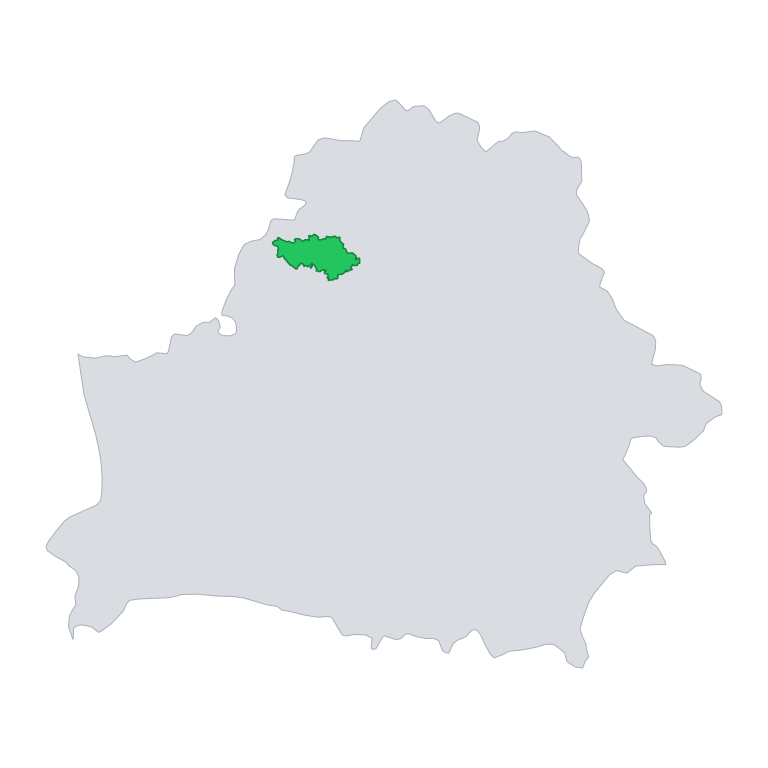 Myadzyel, Minsk, Belarus shown in context
{"feature_id": "67162791B89573771278316", "entity_name": "Myadzyel", "entity_type": "district", "adm_level": 2, "iso_a3": "BLR", "parent_name": "Belarus", "parent_adm1": "Minsk", "projection": "albers", "projection_center": [26.974, 54.814], "detail": "fine", "context": "in_parent", "style": "filled", "palette": "green", "viewbox_px": 768, "rotation_deg": 0, "n_neighbors": 0, "source": "geoboundaries", "source_scale": "gbopen_adm2", "svg_char_len": 9592}
<svg xmlns="http://www.w3.org/2000/svg" viewBox="0 0 768 768"><path d="M665.8,564.6L652.1,564.7L635.7,566.1L626.8,573.1L616.6,570.6L609.7,574.6L594.3,593.2L588.4,603.1L583.1,618.1L580.0,629.1L582.4,636.6L585.8,643.5L586.9,651.1L588.7,657.0L584.9,661.6L582.8,667.9L575.7,667.2L566.9,661.6L564.7,653.0L557.8,647.3L553.4,644.3L546.3,644.2L535.0,647.5L520.2,650.2L509.0,651.2L503.0,654.5L494.1,657.9L490.4,654.4L485.1,644.7L480.7,635.0L477.7,630.8L475.2,629.7L472.2,630.0L468.8,633.3L466.3,636.5L457.0,640.5L453.0,644.1L448.7,653.2L445.7,652.7L442.5,650.7L438.7,640.7L433.7,638.4L425.8,638.5L416.1,636.5L408.1,633.6L405.2,634.4L400.6,638.8L395.5,639.5L384.3,635.8L382.2,637.6L375.9,648.8L372.9,649.4L371.2,648.0L372.0,638.3L365.5,634.9L354.6,634.5L346.9,635.9L343.2,635.5L341.3,633.7L331.8,617.4L326.9,616.4L318.1,617.2L305.0,615.2L289.9,611.5L281.7,610.1L277.4,606.4L268.2,605.1L243.4,597.9L233.3,596.5L218.4,596.1L195.7,594.1L181.1,594.6L174.3,596.7L166.4,597.8L139.4,598.9L129.6,600.3L126.7,603.6L123.3,611.0L111.6,623.5L100.4,631.6L98.4,632.3L92.2,627.4L87.0,625.7L80.8,624.9L76.3,626.1L73.5,628.2L73.4,638.2L72.7,639.0L68.5,626.9L69.4,616.2L72.3,610.2L75.8,604.9L74.9,596.5L78.6,585.8L79.0,577.8L77.8,574.4L75.5,570.3L68.7,565.6L65.8,562.0L56.5,557.0L47.5,550.8L46.1,547.2L46.7,544.8L48.5,541.3L56.2,531.0L64.4,521.1L69.5,517.2L96.2,505.2L100.5,500.8L101.8,493.0L102.1,477.2L101.1,462.7L99.6,452.7L95.5,433.8L84.0,394.6L78.0,354.2L83.1,356.8L95.1,358.2L104.8,355.9L109.8,355.8L114.2,356.8L127.0,355.1L130.0,358.8L135.5,362.2L146.8,358.1L156.8,352.8L167.0,353.7L168.5,351.0L171.5,336.8L174.6,333.9L186.7,335.6L191.3,333.2L196.1,326.3L203.4,322.2L209.4,322.3L215.7,317.6L218.7,320.9L220.1,326.8L217.9,331.4L218.8,333.3L223.0,335.7L230.5,335.8L235.2,333.9L236.4,331.2L236.4,326.4L235.4,321.8L232.3,317.9L226.5,315.7L222.4,315.6L221.7,313.1L223.2,307.8L227.0,298.1L231.6,289.3L234.4,286.0L234.9,282.9L234.5,277.5L234.6,267.9L238.8,254.4L244.2,244.4L251.4,241.2L260.1,239.5L265.7,234.8L268.5,229.3L270.9,220.6L273.7,218.8L294.5,220.1L297.7,211.4L299.5,209.0L303.5,206.4L306.3,203.3L305.3,200.9L300.0,199.4L287.6,197.9L285.0,195.0L285.9,191.6L289.3,182.6L292.5,171.1L294.1,162.1L294.4,156.9L296.1,155.5L306.2,153.8L309.6,152.0L318.2,139.8L324.8,137.8L341.8,140.8L349.6,140.6L359.5,141.3L360.3,140.1L363.7,128.0L380.2,108.5L389.0,101.6L394.6,100.1L396.6,100.4L405.7,110.4L407.8,110.8L413.7,106.4L424.0,105.8L428.8,109.3L436.0,121.6L439.6,123.0L449.4,115.8L454.9,113.3L458.6,113.2L477.8,122.3L479.3,125.4L479.6,129.1L477.0,140.5L481.2,147.4L485.9,152.0L495.4,143.8L499.0,141.4L502.9,141.2L508.1,138.1L511.7,133.6L515.3,131.9L522.3,132.6L534.9,131.0L549.9,137.2L551.3,139.2L559.0,146.9L561.8,150.8L564.3,151.9L568.5,155.6L573.9,157.8L577.5,156.9L579.3,158.1L581.1,161.1L581.5,166.3L581.8,181.4L576.9,189.5L576.4,192.3L576.8,195.6L581.4,201.9L587.4,211.7L589.0,217.4L589.3,221.8L582.5,235.1L580.2,238.3L578.9,244.7L578.3,251.2L579.0,253.9L592.1,263.4L601.7,268.5L604.0,271.1L604.3,272.7L600.0,284.1L599.7,287.1L607.4,291.2L612.0,298.1L616.4,309.6L624.3,320.4L652.1,335.1L654.6,337.9L655.7,341.4L655.4,349.1L651.5,364.1L656.2,365.9L668.1,364.5L682.6,365.3L700.8,374.3L701.2,379.0L699.7,383.3L701.3,387.7L703.5,391.4L719.5,401.7L721.2,405.0L721.9,410.6L721.8,414.7L717.7,415.9L713.2,418.3L706.0,423.8L703.5,431.0L691.9,441.6L684.6,446.6L678.5,447.2L663.8,446.3L658.4,441.9L656.0,437.6L650.3,436.0L642.9,436.3L632.7,437.8L630.7,439.2L629.4,444.7L625.6,454.1L622.8,459.5L637.0,476.9L644.0,483.9L646.4,488.3L646.5,491.6L643.7,495.7L644.6,503.3L651.7,513.1L649.6,514.8L649.8,527.4L650.8,540.7L652.7,543.8L656.4,546.2L659.6,550.9L665.3,561.7L665.8,564.6Z" fill="#d9dde1" stroke="#a8b0b8" stroke-width="1"/><path d="M284.1,258.3L285.2,259.3L286.6,260.8L287.5,262.1L288.5,263.2L289.3,264.1L289.9,265.0L290.9,265.5L291.7,265.3L292.5,265.8L292.6,266.6L292.9,266.8L293.7,267.2L294.1,267.3L294.7,267.6L294.8,267.9L295.0,268.3L295.2,268.7L295.6,268.8L296.2,268.9L296.6,268.9L297.0,268.8L297.3,268.5L297.4,268.2L297.6,267.7L297.7,267.2L297.9,266.4L298.0,266.0L298.1,265.6L298.8,265.6L299.1,265.7L299.4,265.5L299.6,265.3L299.7,264.9L299.9,264.6L300.2,263.9L300.4,263.6L300.8,263.2L301.1,263.1L301.5,263.3L301.7,263.6L301.8,263.8L302.3,264.1L302.7,264.1L303.1,264.2L303.4,264.2L303.6,264.6L303.7,265.1L303.8,265.3L303.8,265.5L303.8,266.0L304.0,266.4L304.4,266.3L304.6,266.0L304.9,265.7L305.2,265.6L305.7,265.5L305.9,265.6L306.2,265.7L306.5,265.8L306.8,266.1L306.9,266.3L307.1,266.6L307.5,266.7L307.9,266.6L308.2,266.4L308.4,266.1L308.6,265.9L308.9,265.6L309.1,265.5L309.5,265.3L309.9,265.4L310.1,265.5L310.3,265.8L310.3,266.0L310.4,266.5L310.4,267.0L310.4,267.4L310.5,267.8L310.6,268.0L310.9,268.1L311.3,267.8L311.5,267.5L311.8,266.8L312.0,266.6L312.2,266.2L312.2,265.9L312.2,265.4L312.0,265.1L311.7,264.7L311.4,264.3L311.3,264.0L311.4,263.6L311.6,263.5L311.9,263.4L312.1,263.5L312.3,263.8L312.5,264.1L312.7,264.4L312.9,264.6L313.1,264.8L313.5,264.9L313.8,265.0L314.2,265.0L314.6,265.1L314.7,265.3L314.9,265.6L314.9,266.1L315.0,266.5L315.3,266.8L315.6,267.0L315.9,267.2L316.0,267.4L316.1,267.9L316.1,268.6L316.3,269.0L316.4,269.4L316.4,269.9L316.4,270.3L316.3,270.6L316.3,270.9L316.4,271.1L316.7,271.1L316.9,271.0L317.0,270.8L317.3,270.6L317.6,270.6L317.9,270.6L318.2,270.8L318.3,271.0L318.6,271.4L318.9,271.6L319.2,271.6L320.1,271.6L320.5,271.4L320.6,271.1L320.8,270.8L321.2,270.6L321.7,270.4L322.1,270.2L322.3,270.1L322.5,269.9L322.6,269.7L322.9,269.5L323.3,269.5L323.6,269.9L324.0,270.2L324.6,270.1L324.9,270.1L325.4,270.1L325.8,270.3L325.8,270.5L325.7,270.8L325.3,271.0L324.9,271.2L324.6,271.4L324.4,271.7L324.4,272.1L324.5,272.7L324.6,273.0L324.7,273.3L324.8,273.5L325.1,273.8L325.5,273.9L325.9,273.9L326.5,274.0L326.9,274.0L327.5,274.0L328.0,274.5L328.1,275.0L328.1,275.5L328.1,275.9L327.9,276.4L327.6,276.7L327.4,277.0L327.2,277.4L327.2,277.7L327.5,277.8L327.9,277.7L328.4,277.7L328.6,277.9L328.8,278.2L328.6,278.5L328.4,278.7L328.3,279.2L328.3,279.4L328.2,279.8L328.3,280.1L328.4,280.3L329.0,280.4L329.3,280.2L329.6,279.9L329.8,279.8L330.0,279.8L330.5,280.0L330.9,280.1L331.2,280.1L331.9,279.9L332.3,279.9L333.0,279.9L333.7,279.5L333.9,279.2L334.1,278.9L334.5,278.7L334.8,278.7L335.1,278.8L335.5,278.9L335.9,278.9L336.6,278.9L336.9,278.8L337.3,278.7L337.6,278.3L337.6,277.9L337.8,277.5L338.0,277.1L338.1,276.8L338.0,276.4L337.7,276.2L337.6,275.9L337.6,275.4L337.6,275.1L337.9,274.9L338.5,274.7L338.9,274.6L339.3,274.5L339.8,274.3L340.2,274.3L340.8,274.3L341.6,274.3L342.1,274.3L342.5,274.0L343.2,273.4L343.7,273.1L344.2,272.7L344.7,272.3L345.0,272.0L345.2,271.7L345.3,271.4L345.4,270.8L345.6,270.4L345.9,270.2L346.1,270.2L346.4,270.6L346.4,270.8L346.5,271.3L346.6,271.5L346.9,271.5L347.2,271.5L347.8,271.4L348.3,271.1L348.7,270.9L349.1,270.6L349.4,270.2L349.8,269.9L350.1,269.9L350.7,269.8L351.0,269.9L351.5,269.9L352.0,269.6L352.1,269.3L352.1,269.0L351.9,268.8L351.7,268.5L351.3,268.2L351.0,267.9L350.9,267.7L350.8,267.2L351.0,267.0L351.6,266.4L351.9,266.1L352.0,265.7L352.2,265.3L352.3,265.0L352.5,264.7L352.9,264.6L353.2,264.8L353.2,265.0L353.3,265.2L353.8,265.4L354.3,265.5L355.0,265.5L355.5,265.5L356.4,265.5L356.8,265.3L357.3,265.1L357.3,264.6L357.7,264.1L358.0,263.9L358.7,263.5L359.4,263.2L359.7,263.1L359.6,262.7L359.5,262.2L359.6,261.4L359.7,260.6L359.7,259.9L359.7,259.2L359.5,258.6L359.0,258.2L358.2,258.1L357.5,258.3L356.9,258.7L356.5,259.4L356.3,259.6L355.8,259.3L355.6,258.6L355.8,258.4L356.1,257.7L356.0,256.1L355.4,255.3L354.3,254.7L353.6,253.8L352.6,253.1L352.0,252.8L351.2,252.9L350.3,253.2L349.3,253.3L348.6,253.2L347.9,253.0L346.8,252.1L346.5,251.4L346.3,250.4L346.0,249.8L345.5,249.0L344.7,248.4L344.0,248.5L343.2,248.2L343.0,247.0L343.0,246.2L343.2,245.7L343.6,244.7L343.5,244.2L343.1,243.7L342.3,243.3L341.5,242.6L340.9,241.8L340.1,240.9L339.6,240.3L339.6,239.5L339.9,239.0L340.1,238.3L339.9,237.7L339.5,237.2L338.6,237.3L338.0,237.5L337.4,237.7L337.0,237.8L336.3,237.3L335.9,236.8L335.4,236.3L334.9,236.5L334.1,236.5L333.7,236.3L333.4,236.3L332.8,236.7L332.5,237.2L332.0,237.4L331.4,237.4L330.8,237.0L330.1,236.8L329.4,236.8L328.0,236.8L327.4,236.5L326.8,236.4L326.3,236.7L326.2,237.1L326.3,238.0L326.1,238.6L325.4,238.9L324.6,238.6L323.8,238.6L323.3,238.8L323.1,239.1L321.8,239.6L321.2,239.7L320.0,239.8L319.0,239.9L318.8,239.9L318.4,239.7L318.2,239.0L318.3,238.5L318.5,237.5L318.0,236.8L317.0,236.0L316.5,235.6L316.0,235.1L315.3,234.7L314.1,234.4L313.3,234.9L312.4,235.7L311.7,236.2L310.9,236.3L310.8,236.0L309.7,235.5L309.3,235.6L308.9,235.7L308.8,236.1L308.9,236.9L309.0,237.7L309.0,238.8L309.0,239.6L308.9,240.3L308.1,239.9L307.3,239.8L306.8,239.8L306.1,239.9L305.4,239.6L304.5,240.0L304.0,240.6L303.8,240.9L303.3,241.4L302.7,241.2L301.9,240.7L301.0,240.2L300.6,239.7L299.7,239.2L298.9,238.9L298.1,238.7L296.8,238.7L295.9,238.8L295.2,239.0L294.6,239.3L294.5,239.7L294.8,240.2L295.3,240.7L295.3,241.2L295.0,241.7L294.4,242.4L293.7,242.8L293.0,243.2L292.6,243.3L292.1,242.8L291.2,242.4L290.3,242.0L289.5,241.5L288.8,241.3L288.1,241.6L287.3,241.8L286.7,241.8L286.0,241.6L285.4,241.2L284.7,240.7L284.2,240.6L283.6,240.6L282.8,240.2L281.8,239.7L281.3,239.4L280.5,238.9L279.9,238.3L279.2,237.9L278.4,237.6L277.9,237.7L277.7,238.2L277.5,238.7L277.7,239.3L277.9,239.9L277.3,240.4L275.1,240.4L274.5,240.8L273.6,241.7L273.2,242.2L272.6,242.3L272.6,243.1L273.2,244.5L274.4,245.3L275.7,245.8L276.7,245.8L278.0,246.9L278.3,248.0L278.4,249.1L277.8,249.7L277.8,251.7L277.9,252.6L277.5,254.3L277.0,255.0L277.3,256.1L277.8,257.0L278.6,257.4L279.1,257.3L279.9,256.8L281.0,256.9L281.7,256.3L282.6,255.9L283.4,256.1L284.2,257.0L284.1,258.3Z" fill="#22c55e" stroke="#15803d" stroke-width="1.5"/></svg>